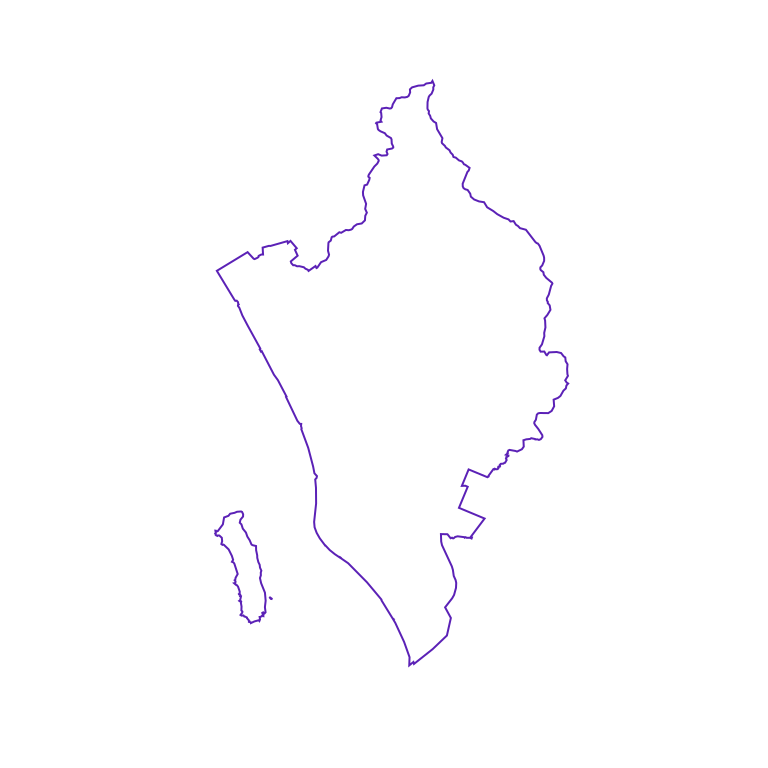 Kapiti Coast District, Wellington, New Zealand (Mercator projection), rotated 307°
{"feature_id": "76426892B40296921759207", "entity_name": "Kapiti Coast District", "entity_type": "district", "adm_level": 2, "iso_a3": "NZL", "parent_name": "New Zealand", "parent_adm1": "Wellington", "projection": "mercator", "projection_center": [175.125, -40.857], "detail": "fine", "context": "isolated", "style": "outline", "palette": "violet", "viewbox_px": 768, "rotation_deg": 307, "n_neighbors": 0, "source": "geoboundaries", "source_scale": "gbopen_adm2", "svg_char_len": 6168}
<svg xmlns="http://www.w3.org/2000/svg" viewBox="0 0 768 768"><g transform="rotate(307 384 384)"><path d="M655.2,240.3L653.0,240.5L649.4,236.9L646.5,236.0L642.9,231.8L637.8,227.9L634.9,227.4L632.6,229.4L629.0,230.3L627.3,229.8L625.4,228.2L623.6,225.5L621.6,224.3L619.7,221.9L612.6,222.7L610.0,223.8L608.6,223.8L607.5,222.9L606.0,219.6L602.8,216.5L599.0,217.6L598.8,218.6L595.7,221.4L592.4,222.6L591.9,224.1L588.2,220.7L587.5,220.7L587.3,222.2L584.0,225.6L583.6,226.8L583.7,229.1L584.8,233.7L584.0,236.6L584.6,241.5L583.9,242.8L580.7,245.5L579.2,248.4L578.4,249.1L576.9,248.7L573.2,245.4L571.1,246.2L569.8,248.4L568.3,248.5L565.0,244.7L564.0,241.0L560.7,238.8L560.1,243.5L559.6,245.0L559.0,245.5L556.0,246.0L551.9,245.4L542.1,245.9L540.5,246.4L540.1,246.9L540.0,248.5L538.1,249.4L533.1,250.5L530.9,248.9L524.7,251.6L522.1,253.8L517.1,261.3L512.5,263.6L510.5,267.2L507.1,267.8L503.2,270.3L498.8,269.6L495.3,266.3L491.6,265.1L488.7,265.3L487.5,264.8L485.6,263.3L484.1,260.9L479.0,258.8L478.3,257.0L471.9,255.4L470.6,254.1L469.7,253.9L466.5,255.2L463.9,254.5L463.1,254.8L456.7,259.1L454.2,262.3L452.5,262.9L448.3,263.2L443.4,260.4L436.8,260.7L436.0,260.3L437.0,258.3L428.9,255.7L429.4,254.5L428.8,251.9L429.0,249.7L427.2,245.6L425.7,243.7L425.2,241.3L424.2,240.0L424.7,237.3L425.8,235.8L434.5,237.8L437.6,232.1L439.9,232.6L442.0,223.2L438.6,222.5L440.0,220.9L426.0,210.3L425.0,208.9L419.9,205.0L414.6,209.5L413.6,208.1L410.9,206.8L409.8,207.3L408.7,207.0L405.9,205.5L405.6,204.5L407.2,195.7L373.8,182.4L361.3,213.7L360.9,215.2L361.9,216.2L361.5,218.2L360.4,219.2L360.1,220.1L359.2,219.9L358.5,220.3L357.8,222.6L353.5,229.6L348.6,240.0L338.0,263.6L337.7,264.1L336.9,263.9L336.4,265.0L335.8,266.4L336.6,266.7L325.2,290.5L323.2,297.0L315.3,313.7L314.7,313.5L302.5,336.9L301.5,340.7L302.3,341.9L300.5,343.0L299.1,344.9L298.2,345.1L287.4,361.9L275.4,377.1L270.8,382.2L270.1,385.9L268.3,386.7L266.4,386.5L260.1,392.2L247.7,401.7L231.8,411.2L227.8,414.8L224.6,419.8L222.1,425.6L219.6,434.2L219.8,434.3L218.7,440.7L218.5,447.1L218.8,452.9L219.2,452.9L219.2,453.7L218.9,453.6L219.3,463.2L215.4,489.7L210.3,511.7L209.7,512.2L202.1,531.6L202.0,533.1L201.6,532.9L200.0,536.8L190.1,555.3L181.2,568.8L174.5,573.5L179.7,574.8L178.5,576.4L201.5,582.4L221.0,585.6L237.4,578.2L242.4,567.2L253.9,567.4L257.7,566.9L264.5,564.2L268.6,561.4L270.5,559.2L272.7,555.2L277.0,550.9L279.2,547.9L290.2,527.3L292.6,524.5L298.4,519.8L302.2,525.1L300.9,530.0L302.2,530.8L302.1,531.6L302.6,532.4L304.7,532.9L306.7,534.5L310.0,540.3L309.8,540.9L310.8,541.4L310.9,542.5L313.0,545.4L313.3,546.9L314.4,546.6L313.9,545.3L337.1,545.3L330.2,518.4L352.3,512.7L351.7,510.2L349.5,507.5L366.7,503.0L371.8,522.7L373.1,523.2L373.5,522.7L381.9,522.6L382.2,523.6L383.0,523.5L383.3,524.8L384.4,526.0L385.7,526.0L386.2,525.2L386.8,525.1L387.6,526.2L388.4,526.1L388.9,525.2L390.5,525.3L392.3,527.3L393.5,527.6L394.0,528.1L397.1,527.7L397.8,526.3L398.7,526.3L399.1,525.7L401.3,526.7L401.8,526.4L400.9,524.0L403.4,524.5L403.7,523.8L405.7,523.3L406.9,523.9L409.7,529.4L410.1,530.9L414.9,533.4L418.1,533.3L423.0,529.2L425.4,530.9L428.0,533.7L429.3,534.2L431.0,537.8L430.8,538.2L432.1,539.8L432.6,541.4L434.3,542.4L437.1,542.4L438.4,541.2L441.0,534.1L442.3,529.1L443.1,527.6L444.1,527.0L446.9,526.8L451.5,524.5L453.4,524.8L454.7,526.0L459.6,532.7L463.4,534.1L468.6,533.3L473.6,528.9L477.6,531.3L480.6,532.1L486.7,531.3L489.9,531.9L492.6,530.6L495.2,530.8L495.1,529.0L496.0,526.5L501.2,526.0L502.2,524.6L506.2,521.2L510.2,518.7L511.5,515.4L514.3,512.8L514.2,510.8L515.3,506.8L513.5,502.7L508.6,496.8L505.0,496.8L504.9,496.1L506.4,492.5L504.1,489.6L504.9,487.6L506.6,486.4L510.7,486.3L518.7,483.3L521.2,481.2L526.3,478.9L531.6,474.5L533.1,472.6L537.4,472.9L543.4,472.3L546.5,469.0L547.2,466.0L548.2,465.4L548.8,463.8L550.4,462.5L554.6,461.8L563.0,458.4L565.5,458.1L566.0,457.3L566.4,449.7L567.4,445.9L569.2,444.0L569.3,440.7L569.9,439.6L571.3,438.7L573.9,439.0L578.7,437.8L581.2,435.9L582.6,434.2L588.0,425.0L588.8,422.4L588.4,421.1L588.5,419.4L592.6,404.5L590.3,398.8L590.8,395.9L590.6,393.5L592.1,389.5L589.9,387.2L590.4,384.4L588.8,379.5L587.8,372.2L587.9,367.2L587.2,360.0L589.4,354.5L587.0,350.0L585.6,344.9L585.9,340.6L587.9,338.3L589.3,334.0L588.4,331.7L588.3,329.7L589.2,328.0L591.3,326.3L603.5,323.0L605.5,323.2L608.1,322.3L608.0,317.0L607.6,315.6L608.4,313.6L608.6,312.1L607.7,309.3L608.0,305.1L607.1,302.9L608.5,300.8L608.9,297.9L610.1,295.6L610.1,291.0L610.8,289.4L611.2,285.5L612.0,284.4L615.5,282.7L619.5,273.0L623.8,268.5L623.5,265.6L624.3,261.6L626.0,259.4L626.9,256.9L629.0,255.7L629.5,253.8L630.3,252.8L635.4,249.1L640.1,247.0L641.8,246.8L644.5,247.3L648.8,246.2L650.6,244.8L652.8,244.4L655.2,240.3ZM185.1,339.1L181.2,336.6L174.9,339.8L166.6,339.8L165.4,339.1L165.7,338.1L165.4,337.6L164.0,339.1L163.0,339.2L163.0,339.9L162.2,340.3L162.1,341.0L162.4,342.4L163.1,342.5L163.9,343.7L163.6,347.0L161.0,349.4L158.3,350.4L158.3,351.8L159.0,352.2L159.2,353.0L158.4,359.5L155.2,365.9L152.8,369.3L150.5,369.6L150.9,371.3L150.4,372.7L144.2,381.5L139.9,382.1L138.2,383.0L137.4,382.8L137.0,384.2L135.7,385.0L134.7,384.2L134.5,386.8L134.8,387.5L134.3,389.4L131.4,393.7L130.0,394.7L128.9,394.5L128.7,394.9L129.2,395.9L128.9,396.6L128.0,396.8L128.3,397.6L124.8,399.2L123.7,398.9L123.7,399.4L124.6,399.9L124.2,401.0L123.2,401.3L120.6,404.1L117.3,406.4L117.1,407.8L116.1,408.4L113.2,408.4L113.3,409.7L114.6,411.1L114.2,412.5L114.7,413.2L115.0,415.1L114.5,415.5L114.1,417.8L113.5,418.5L113.6,419.1L112.8,419.4L113.5,421.1L113.0,421.6L116.4,423.4L119.9,426.1L119.7,427.1L121.3,426.7L123.1,424.9L123.7,425.6L126.0,426.2L125.9,426.8L126.5,426.7L126.5,427.0L127.5,426.2L127.5,425.1L128.0,424.5L129.0,425.0L129.0,426.7L130.4,426.8L134.1,423.2L139.7,419.9L145.7,414.5L151.0,405.7L154.4,401.7L157.1,400.8L159.2,399.1L161.1,398.4L162.7,395.5L164.8,393.5L166.1,390.9L168.9,387.4L170.9,385.8L174.3,381.9L177.6,379.3L176.1,375.8L176.1,374.7L178.4,370.7L179.9,366.7L182.3,363.1L183.5,358.3L186.1,354.6L186.4,352.3L189.3,351.0L193.3,351.2L195.2,349.9L196.4,347.7L196.2,346.6L193.5,343.5L191.2,342.2L187.8,339.2L185.1,339.1ZM145.0,424.3L145.0,421.5L144.8,420.7L144.3,423.0L145.0,424.3Z" fill="none" stroke="#5b21b6" stroke-width="2"/></g></svg>